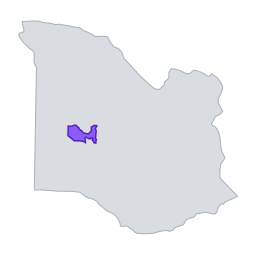 Uganda, with Wakiso highlighted, rotated 91°
{"feature_id": "UGA-3091", "entity_name": "Wakiso", "entity_type": "District", "adm_level": 1, "iso_a3": "UGA", "parent_name": "Uganda", "parent_adm1": "", "projection": "mercator", "projection_center": [32.452, 0.206], "detail": "fine", "context": "in_parent", "style": "filled", "palette": "violet", "viewbox_px": 256, "rotation_deg": 91, "n_neighbors": 0, "source": "natural_earth", "source_scale": "10m", "svg_char_len": 3015}
<svg xmlns="http://www.w3.org/2000/svg" viewBox="0 0 256 256"><g transform="rotate(91 128 128)"><path d="M191.6,220.6L187.3,220.6L180.4,220.6L173.5,220.6L166.6,220.6L159.6,220.6L152.7,220.6L145.8,220.6L138.9,220.6L132.0,220.6L125.0,220.6L118.1,220.6L111.2,220.6L104.3,220.6L97.4,220.6L90.4,220.6L83.5,220.6L76.6,220.6L72.5,220.6L71.7,220.5L71.1,220.3L68.5,220.8L65.8,222.5L62.9,223.2L59.9,223.0L59.5,223.1L57.9,223.1L55.7,223.0L53.7,223.4L52.1,224.9L50.5,227.5L47.7,230.4L45.5,233.0L43.6,234.9L39.3,237.9L36.9,238.8L35.7,238.7L35.0,238.1L33.7,234.2L32.8,233.6L24.4,235.6L23.2,235.6L23.3,234.4L22.7,225.2L22.6,219.6L23.7,216.1L24.3,212.1L24.4,208.5L25.9,202.4L25.4,198.8L27.4,186.0L27.9,183.9L28.7,177.8L29.9,175.9L31.0,175.1L32.4,171.3L35.2,165.3L37.1,162.2L36.7,155.4L37.0,150.7L37.4,149.7L41.5,148.0L46.8,143.7L49.0,138.7L52.1,135.5L58.2,133.4L58.3,133.4L76.3,116.1L84.7,106.8L88.4,102.0L88.5,100.3L89.2,98.0L87.8,96.3L86.0,94.7L85.4,93.2L83.9,92.5L81.8,92.5L80.3,91.4L78.7,89.3L77.1,88.0L72.0,88.1L68.0,86.0L68.1,83.1L69.6,77.3L72.6,70.7L72.8,68.9L72.3,67.4L71.6,66.0L70.3,64.7L69.0,63.1L70.0,58.4L71.9,53.8L73.4,51.4L74.9,48.8L74.5,46.7L72.3,45.6L73.4,43.6L75.8,40.1L80.4,36.5L84.5,34.1L87.2,34.1L92.5,36.0L97.2,38.2L99.9,38.4L103.0,37.4L109.6,33.5L111.2,34.7L113.1,37.1L115.2,41.1L119.4,42.9L121.4,44.1L122.8,44.5L123.6,44.2L125.1,41.1L127.0,39.4L130.6,37.2L138.3,35.5L143.8,35.0L146.2,34.6L150.1,33.6L156.3,30.5L162.4,34.6L169.0,35.4L175.5,35.3L177.4,34.1L178.5,33.1L185.3,26.4L194.4,17.2L200.5,30.1L202.6,30.9L202.3,32.0L201.8,33.1L205.7,36.2L210.6,37.8L212.4,39.4L212.5,41.1L210.9,48.7L211.2,50.8L212.8,58.4L215.7,60.1L218.3,67.7L223.5,70.9L224.2,71.9L225.4,75.6L227.0,79.6L228.3,80.5L229.1,80.8L230.6,85.0L229.7,87.5L230.9,94.8L232.9,101.3L233.4,109.1L233.4,112.5L233.3,114.7L232.9,117.6L232.0,119.3L230.3,121.0L228.5,123.6L226.8,126.4L225.8,127.8L226.6,132.0L226.4,133.2L226.0,133.7L223.6,134.3L220.6,135.5L218.8,136.6L216.2,138.7L214.1,141.0L211.3,147.8L206.7,153.1L205.9,154.9L201.6,158.0L199.7,161.9L198.5,166.7L196.8,170.1L193.1,174.8L192.3,182.3L192.4,197.1L191.4,214.0L191.6,220.6Z" fill="#d9dde1" stroke="#a8b0b8" stroke-width="1"/><path d="M127.7,164.7L126.0,162.0L126.2,159.2L127.3,159.5L128.3,160.2L129.3,160.6L130.3,160.3L130.9,159.9L131.5,159.7L135.2,160.1L137.1,160.1L138.6,160.5L140.1,159.4L141.8,159.9L143.6,159.9L143.6,161.0L143.2,162.0L142.3,162.1L141.6,162.3L141.3,163.0L140.7,163.4L140.0,163.5L139.5,163.1L138.9,162.8L138.3,164.4L138.7,164.9L139.3,165.3L139.1,165.6L139.2,166.0L139.4,166.2L139.5,166.5L139.2,167.5L138.7,168.2L137.9,169.8L138.8,170.9L141.1,170.4L143.3,170.4L142.5,171.6L142.1,173.2L141.6,176.4L141.7,181.5L139.6,184.1L137.8,186.4L136.7,187.9L132.6,187.8L127.1,187.8L127.3,185.7L127.2,183.9L126.2,182.3L126.1,180.5L126.3,179.7L127.1,179.2L127.9,178.5L128.3,177.4L129.0,177.0L129.9,176.7L130.6,176.1L131.1,175.2L131.4,174.4L132.0,173.9L132.9,173.5L133.4,172.8L134.0,171.3L134.6,167.6L131.8,164.7L127.7,164.7Z" fill="#8b5cf6" stroke="#5b21b6" stroke-width="1.5"/></g></svg>